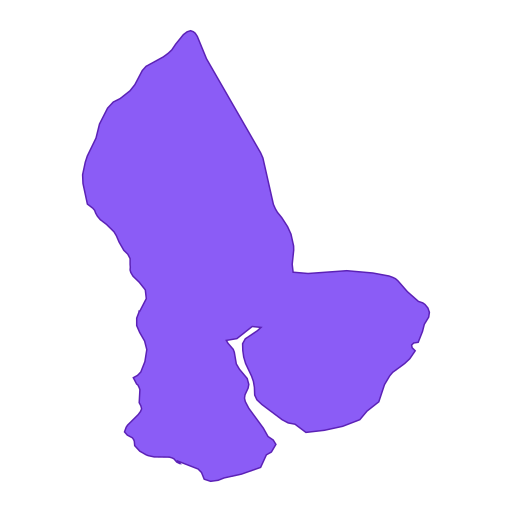 the border of Yangon
{"feature_id": "MMR-3269", "entity_name": "Yangon", "entity_type": "Division", "adm_level": 1, "iso_a3": "MMR", "parent_name": "Myanmar", "parent_adm1": "", "projection": "orthographic", "projection_center": [96.162, 17.041], "detail": "fine", "context": "isolated", "style": "filled", "palette": "violet", "viewbox_px": 512, "rotation_deg": 0, "n_neighbors": 0, "source": "natural_earth", "source_scale": "10m", "svg_char_len": 2217}
<svg xmlns="http://www.w3.org/2000/svg" viewBox="0 0 512 512"><path d="M422.8,302.9L425.0,304.5L427.9,308.0L429.4,312.3L428.7,317.1L424.3,324.3L422.5,331.4L418.2,342.3L413.7,343.0L411.6,345.0L412.1,347.7L415.2,350.8L409.8,358.7L404.7,363.5L392.7,372.3L389.8,375.7L384.5,384.6L378.8,401.8L367.0,411.1L359.8,419.7L342.7,426.3L324.3,430.3L305.9,432.4L295.0,424.2L288.1,422.9L282.1,419.7L261.9,404.5L256.9,399.8L254.7,395.1L254.4,387.3L253.4,381.4L251.6,376.2L245.6,363.5L243.7,357.0L242.8,350.5L242.6,343.7L245.3,338.8L257.4,330.7L261.0,327.4L252.2,326.5L236.9,338.6L226.3,340.4L228.0,343.3L233.2,349.3L234.3,352.2L236.3,363.9L239.4,369.2L247.2,378.5L248.8,384.4L248.1,388.1L245.0,394.8L244.5,398.2L245.3,401.6L248.8,408.3L263.3,428.1L268.0,436.5L273.2,440.0L275.9,444.4L271.4,452.0L266.4,454.8L260.6,467.4L241.5,474.1L224.2,477.9L218.1,480.3L210.6,481.3L204.2,479.2L201.5,472.5L198.1,469.0L176.8,460.7L180.0,463.6L179.9,463.6L176.8,462.1L173.9,458.8L172.1,457.9L169.3,457.1L154.1,456.9L148.1,455.6L146.1,454.8L139.8,451.2L134.7,445.7L134.3,441.3L133.7,439.7L132.4,437.8L127.3,435.1L124.5,431.9L126.2,427.2L127.6,425.1L138.2,414.6L140.5,411.5L141.6,408.9L141.2,407.1L140.8,405.7L139.2,402.7L139.9,389.8L139.3,387.9L137.9,385.0L136.6,384.0L133.3,377.7L137.5,375.4L140.8,372.0L144.9,361.6L146.8,349.6L144.6,341.0L139.7,332.5L136.7,325.6L136.7,318.1L138.9,312.4L139.1,311.0L139.9,311.0L146.3,298.6L145.3,289.9L139.2,282.2L133.0,276.2L130.8,272.5L130.1,270.0L130.3,267.1L130.1,264.5L130.1,258.6L127.8,254.2L123.8,250.3L119.1,242.1L116.4,235.8L114.0,231.8L106.5,224.4L100.3,219.7L97.4,216.2L95.7,213.2L94.6,210.3L92.8,208.2L87.4,204.1L83.0,183.6L82.6,174.8L85.3,162.1L87.3,156.0L96.0,138.1L99.5,124.0L107.6,108.1L113.3,102.0L120.1,98.6L130.0,90.8L134.9,84.6L142.3,70.5L146.1,66.3L163.3,56.9L168.3,53.2L171.8,49.9L175.7,44.1L183.4,34.6L187.1,31.8L190.6,30.7L193.3,31.7L195.2,33.2L197.3,36.4L206.5,58.8L260.6,152.8L262.9,158.0L273.4,204.4L275.3,208.7L277.4,212.3L281.8,217.7L287.6,226.7L291.0,234.2L293.6,246.0L293.7,250.1L292.2,264.3L293.1,272.2L308.1,273.5L346.8,270.7L372.8,273.0L389.0,276.0L392.8,277.4L395.5,278.7L397.8,280.7L407.4,291.7L418.4,301.4L422.8,302.9Z" fill="#8b5cf6" stroke="#5b21b6" stroke-width="1.5"/></svg>